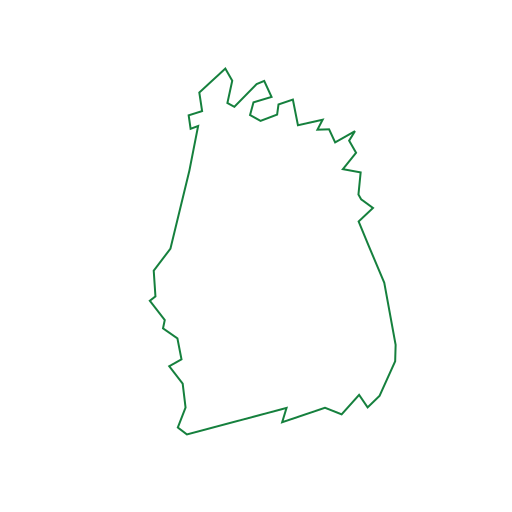 Jefferson, Tennessee, United States of America (Natural Earth projection), rotated 66°
{"feature_id": "52423323B28342113074407", "entity_name": "Jefferson", "entity_type": "district", "adm_level": 2, "iso_a3": "USA", "parent_name": "United States of America", "parent_adm1": "Tennessee", "projection": "natural_earth1", "projection_center": [-83.496, 36.043], "detail": "fine", "context": "isolated", "style": "outline", "palette": "green", "viewbox_px": 512, "rotation_deg": 66, "n_neighbors": 0, "source": "geoboundaries", "source_scale": "gbopen_adm2", "svg_char_len": 856}
<svg xmlns="http://www.w3.org/2000/svg" viewBox="0 0 512 512"><g transform="rotate(66 256 256)"><path d="M439.7,215.6L434.0,200.0L408.8,171.7L394.0,164.6L332.6,149.7L291.6,148.9L266.2,148.2L259.7,129.6L247.0,136.9L241.5,137.4L222.2,126.4L212.0,141.3L202.4,122.6L188.5,124.0L182.2,114.8L184.4,137.5L170.0,137.7L165.6,148.5L158.6,139.7L153.6,164.5L128.1,158.7L126.7,173.8L135.4,179.2L134.4,196.9L124.8,204.1L114.6,195.8L117.0,177.1L99.4,177.3L99.2,185.5L110.9,215.1L104.6,219.9L86.2,206.4L72.3,207.8L83.6,241.3L101.7,246.3L100.1,260.3L113.2,264.0L113.7,256.0L151.0,282.2L214.5,331.2L227.8,355.4L252.0,364.3L253.7,371.2L277.4,365.4L284.3,370.4L299.3,361.3L320.1,366.1L321.4,380.1L342.8,374.9L365.8,382.0L380.9,397.2L390.9,391.7L407.2,289.9L418.5,299.7L422.7,254.7L435.5,242.2L424.8,218.3L439.7,215.6Z" fill="none" stroke="#15803d" stroke-width="2"/></g></svg>